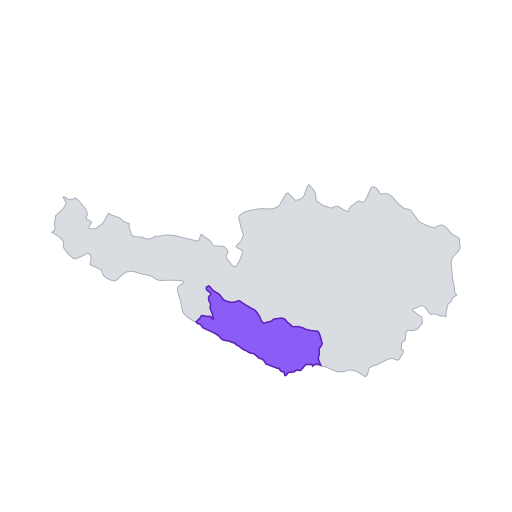 Austria, with Kärnten highlighted, rotated 19°
{"feature_id": "AUT-2325", "entity_name": "Kärnten", "entity_type": "State", "adm_level": 1, "iso_a3": "AUT", "parent_name": "Austria", "parent_adm1": "", "projection": "orthographic", "projection_center": [13.787, 46.758], "detail": "fine", "context": "in_parent", "style": "filled", "palette": "violet", "viewbox_px": 512, "rotation_deg": 19, "n_neighbors": 0, "source": "natural_earth", "source_scale": "10m", "svg_char_len": 6081}
<svg xmlns="http://www.w3.org/2000/svg" viewBox="0 0 512 512"><g transform="rotate(19 256 256)"><path d="M53.4,283.2L58.3,273.9L59.5,268.0L55.9,264.4L54.3,263.2L55.7,262.5L61.0,263.5L64.6,261.7L66.5,259.8L71.2,261.9L78.0,266.0L81.2,268.6L82.5,270.6L83.2,272.3L82.6,275.0L84.2,276.2L87.5,276.8L89.7,277.7L88.7,281.3L88.5,284.3L91.6,284.1L95.5,281.9L98.7,277.9L100.7,274.0L102.6,264.2L103.1,263.4L105.4,264.3L114.7,264.3L119.1,266.3L126.0,266.8L125.9,268.4L127.0,270.8L130.0,274.4L131.4,276.7L134.7,277.2L139.7,276.1L142.7,274.9L143.8,275.9L148.4,275.1L152.6,272.5L153.6,270.4L157.8,269.0L163.4,265.7L171.1,263.3L196.1,261.0L197.1,258.9L196.8,254.0L197.5,253.2L200.6,254.5L205.6,255.8L209.5,257.6L211.9,259.9L214.3,260.0L217.9,258.5L222.8,257.5L227.3,260.0L228.6,262.5L227.7,263.8L227.8,265.9L229.2,267.6L232.9,270.5L237.6,273.0L240.1,272.8L241.0,270.5L241.9,264.9L242.3,258.9L241.3,255.4L238.7,254.6L235.7,254.3L234.1,253.5L234.6,251.6L237.1,246.8L237.2,240.2L231.8,232.8L227.1,225.5L227.2,223.1L230.1,218.8L234.5,215.5L244.3,210.0L247.3,208.8L251.3,207.9L256.9,205.6L259.7,203.3L261.5,200.7L264.2,187.3L264.8,186.7L265.6,185.9L275.4,190.6L276.3,189.8L278.0,189.1L281.2,185.5L281.9,182.8L281.8,177.7L282.1,172.9L282.7,171.4L284.2,171.9L288.4,174.4L291.8,177.2L295.0,184.3L302.3,186.2L311.6,186.3L314.9,183.1L317.9,182.3L321.3,183.3L328.5,184.3L329.2,178.6L333.3,172.6L335.1,170.4L340.3,170.6L341.6,166.1L342.6,153.8L343.7,152.4L347.5,152.6L351.3,154.8L352.5,156.6L354.5,156.4L357.2,155.1L360.2,154.3L365.0,155.5L375.3,160.9L380.6,162.8L383.9,162.3L387.1,162.3L399.4,170.6L407.8,171.6L415.5,171.4L417.9,168.7L421.1,166.3L424.5,166.5L427.5,167.6L433.5,171.1L436.2,172.0L439.8,172.4L442.5,173.2L445.1,179.6L446.4,181.3L446.2,182.1L446.1,185.1L444.2,188.9L442.2,193.9L442.5,198.2L448.8,212.8L454.1,221.7L455.2,225.1L458.6,227.6L455.7,231.1L455.3,236.0L453.4,238.3L453.0,241.2L453.9,243.7L454.0,246.9L455.3,251.3L450.4,252.5L444.6,252.5L442.5,252.9L440.5,254.2L438.5,253.6L433.0,249.7L430.0,248.9L427.9,249.2L426.4,251.1L423.7,253.5L421.2,255.2L421.8,256.6L433.0,260.0L435.2,265.6L433.2,270.4L432.6,272.7L430.0,274.6L426.9,276.3L423.1,276.8L422.7,279.4L424.5,286.8L423.3,288.4L422.2,290.8L423.5,296.8L425.9,297.2L426.5,298.6L426.2,301.1L425.8,303.7L425.1,306.5L424.7,307.8L423.1,308.6L418.2,308.4L414.0,310.9L405.7,319.7L402.7,321.3L399.5,324.8L399.9,332.3L399.5,333.0L398.8,334.6L388.4,332.2L388.0,332.2L381.1,333.4L376.5,336.9L370.8,339.0L358.7,338.2L347.0,339.8L344.3,340.8L341.2,341.4L338.4,343.5L336.8,346.3L333.9,350.0L329.8,352.8L325.3,355.0L324.3,356.9L322.8,357.9L320.3,356.6L318.2,356.7L315.7,355.8L307.4,354.8L298.3,353.2L293.9,351.6L289.0,350.3L283.7,349.3L278.9,349.1L276.6,348.6L265.2,345.8L257.6,345.6L247.7,344.3L228.1,339.9L222.4,338.2L216.9,337.6L210.5,336.0L205.6,333.5L202.5,329.0L199.3,322.9L193.3,315.0L192.1,311.0L194.1,307.6L196.0,305.1L195.8,304.0L194.4,303.4L183.5,306.5L173.0,310.5L168.9,310.5L165.0,309.4L159.7,309.2L154.6,310.2L144.4,310.5L138.4,313.4L134.4,319.3L132.1,324.2L130.4,325.7L126.8,326.1L121.5,325.5L117.8,323.9L114.2,319.6L108.3,318.8L102.9,318.4L101.5,317.6L101.7,314.9L99.8,309.7L96.3,307.9L86.8,317.2L84.2,317.9L77.0,314.9L70.8,310.4L70.2,307.4L69.3,304.9L64.1,302.2L57.4,300.3L55.3,300.2L56.2,298.8L57.2,296.4L56.8,294.4L55.3,292.2L54.6,290.0L54.4,287.9L54.0,286.1L53.8,284.5L53.4,283.2Z" fill="#d9dde1" stroke="#a8b0b8" stroke-width="1"/><path d="M222.7,338.9L222.2,338.7L221.3,338.0L220.8,337.8L220.9,337.7L221.1,337.1L222.9,333.6L223.4,332.5L223.6,331.6L223.8,330.2L225.0,329.6L229.8,329.0L232.0,328.0L232.6,328.0L233.2,328.2L235.1,329.6L235.5,329.7L235.9,329.5L236.0,329.3L236.1,329.1L236.1,328.9L235.8,328.3L232.6,323.7L230.1,321.0L229.6,320.2L229.2,319.0L229.1,317.9L228.9,316.8L228.5,316.0L227.8,315.3L227.3,314.8L226.2,313.8L225.7,312.9L225.2,312.2L224.9,311.5L224.7,310.8L224.7,310.4L224.7,310.0L224.7,309.5L224.9,308.9L225.6,307.3L225.7,306.4L225.2,305.8L220.6,304.2L219.9,303.6L219.5,303.0L219.3,301.5L220.1,301.0L220.2,300.8L220.4,300.6L220.5,300.4L220.6,300.1L220.6,299.9L220.8,299.7L221.1,299.6L221.5,299.6L222.2,299.9L224.3,301.3L226.8,302.6L230.1,303.4L231.8,303.6L234.4,304.5L238.6,307.3L239.5,307.8L240.5,308.1L242.1,308.3L246.2,308.1L248.3,307.7L251.1,306.3L252.4,305.4L253.7,304.1L254.5,303.9L255.5,303.8L257.7,304.5L262.6,305.8L263.8,305.9L269.2,307.1L271.6,307.3L272.9,307.7L274.8,308.7L279.4,312.3L281.0,314.4L283.1,316.1L283.8,316.6L284.3,316.9L285.3,316.7L286.3,316.4L289.6,313.9L291.6,312.9L292.4,311.5L292.7,310.9L292.9,310.5L293.3,310.0L294.2,309.4L300.0,306.5L301.6,306.2L303.5,306.2L304.9,306.9L307.1,308.4L310.9,309.6L311.8,310.0L312.4,310.4L312.5,310.6L313.0,310.7L314.0,310.8L319.4,308.8L320.9,308.9L324.4,308.6L325.9,309.2L332.5,308.6L338.4,307.1L339.3,307.2L339.8,307.6L340.6,308.2L342.8,310.8L347.1,317.2L347.0,319.6L346.7,320.6L346.4,321.3L346.1,322.3L346.0,322.7L346.1,323.4L346.4,324.5L347.3,326.4L347.9,329.1L348.1,331.8L348.8,333.6L352.2,337.5L352.7,338.0L351.6,338.0L350.3,337.9L347.2,338.9L345.3,341.8L344.2,340.3L343.4,340.2L342.7,340.7L341.5,341.5L341.3,341.5L340.4,341.6L339.6,341.5L338.9,341.8L338.0,343.2L337.4,344.5L337.0,345.8L336.7,347.0L336.1,348.3L335.7,349.3L335.4,349.6L334.2,350.2L332.8,350.4L332.3,350.1L331.4,350.5L331.1,350.9L330.8,351.4L330.2,352.2L329.8,353.2L329.4,353.1L329.1,353.1L328.8,353.1L327.8,354.3L327.2,354.7L326.7,354.8L325.5,354.9L325.0,355.2L324.2,356.3L323.7,357.9L323.5,358.5L323.2,359.2L322.3,359.6L321.6,358.8L320.9,357.5L320.2,356.5L318.3,356.9L317.4,356.8L316.6,356.5L315.7,356.0L315.4,355.7L315.2,355.2L315.0,354.9L314.4,354.7L312.6,355.2L306.0,355.0L301.0,354.9L300.9,354.9L300.3,354.7L297.3,352.1L296.5,351.7L295.6,351.4L294.6,351.4L293.7,351.6L292.8,351.7L291.9,351.6L286.9,349.3L285.3,349.0L281.8,349.6L281.0,349.6L277.4,348.7L276.6,348.7L275.8,348.8L274.9,348.7L268.4,346.6L266.1,346.5L265.7,346.2L264.9,345.3L264.5,345.2L261.2,345.4L258.8,345.0L253.3,346.1L251.1,346.0L250.0,345.5L246.5,343.4L242.1,342.3L229.4,341.2L226.4,339.2L225.0,338.7L224.5,338.6L224.1,338.6L223.2,338.9L222.7,338.9Z" fill="#8b5cf6" stroke="#5b21b6" stroke-width="1.5"/></g></svg>